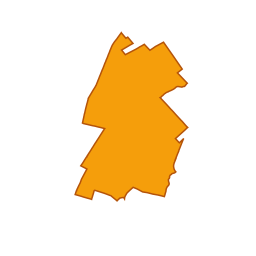 Stoenesti, Olt, Romania, rotated 138°
{"feature_id": "2599482B16432204852873", "entity_name": "Stoenesti", "entity_type": "district", "adm_level": 2, "iso_a3": "ROU", "parent_name": "Romania", "parent_adm1": "Olt", "projection": "albers", "projection_center": [24.481, 44.1], "detail": "fine", "context": "isolated", "style": "filled", "palette": "amber", "viewbox_px": 256, "rotation_deg": 138, "n_neighbors": 0, "source": "geoboundaries", "source_scale": "gbopen_adm2", "svg_char_len": 5284}
<svg xmlns="http://www.w3.org/2000/svg" viewBox="0 0 256 256"><g transform="rotate(138 128 128)"><path d="M84.4,200.0L84.6,199.9L86.2,199.2L87.6,198.5L88.9,197.9L90.4,197.2L90.6,197.0L91.2,196.7L91.9,196.4L92.3,196.2L92.8,196.0L93.6,195.6L94.7,195.0L95.5,194.6L96.3,194.2L97.1,193.8L98.3,193.3L99.1,192.9L100.0,192.4L100.8,192.0L101.6,191.7L102.8,191.1L103.7,190.6L104.9,190.0L105.7,189.6L106.3,189.3L106.8,189.0L107.1,188.9L107.4,188.8L107.6,188.7L107.8,188.6L108.2,188.4L108.4,188.3L108.6,188.3L108.8,188.2L109.0,188.0L109.2,187.9L109.5,187.8L110.5,187.3L112.1,186.5L113.3,185.9L114.5,185.4L115.0,185.1L117.6,183.8L118.5,183.4L120.0,182.6L121.1,182.1L122.5,181.4L123.0,181.1L123.6,181.0L124.4,180.7L124.6,180.6L125.9,180.2L128.1,179.6L129.7,179.1L137.5,176.7L137.8,176.5L138.2,176.3L138.8,175.7L140.0,175.0L141.1,174.2L142.0,173.7L146.8,170.5L150.4,167.9L150.9,167.7L151.8,167.0L152.6,166.4L153.3,165.9L154.1,165.3L156.4,163.7L157.0,163.2L157.6,162.8L158.2,162.4L158.3,162.3L158.5,162.2L158.2,161.2L157.8,160.7L157.1,159.6L156.5,158.8L156.0,158.1L155.3,157.1L154.8,156.3L154.3,155.7L154.1,155.3L152.7,153.3L151.3,151.5L149.8,149.2L148.9,147.9L147.9,146.5L146.8,144.8L145.7,143.2L154.5,140.8L155.1,140.6L155.9,140.4L156.6,140.2L157.3,140.0L157.9,139.9L158.8,139.6L159.7,139.4L160.6,139.1L161.5,138.9L162.7,138.6L163.7,138.3L166.5,137.5L166.7,137.4L167.0,137.3L167.6,137.2L168.3,137.0L169.0,136.8L169.5,136.6L170.1,136.5L170.6,136.3L171.2,136.2L171.7,136.0L172.4,135.8L173.0,135.7L173.7,135.5L174.3,135.3L175.2,135.1L175.7,134.9L175.9,134.9L176.1,134.8L176.3,134.8L176.3,134.7L176.5,134.7L177.0,134.5L177.3,134.4L177.5,134.4L177.7,134.2L177.8,134.1L178.0,134.0L178.3,134.2L179.5,133.9L180.5,133.6L182.0,133.2L183.3,132.8L184.6,132.4L185.8,132.1L187.1,131.8L188.4,131.5L187.8,129.9L186.4,126.2L186.0,125.0L197.0,121.0L197.7,120.6L198.6,120.1L200.5,119.1L200.8,119.0L202.1,118.5L203.9,117.8L204.2,117.6L204.4,117.6L204.6,117.5L205.0,117.3L205.3,117.2L205.5,117.1L205.9,116.9L206.1,116.9L206.5,116.7L207.6,116.1L207.8,116.1L208.0,115.9L208.2,115.7L208.3,115.6L208.5,115.6L208.5,115.8L208.7,115.7L211.8,113.9L208.4,108.5L208.0,107.8L207.5,106.9L206.9,105.9L206.7,105.6L206.0,104.5L205.4,103.5L204.8,102.6L204.3,101.8L203.9,101.2L203.4,100.4L203.0,99.7L202.8,99.3L202.1,99.8L201.1,100.4L200.3,100.8L199.8,101.2L198.9,101.7L197.9,102.3L196.9,102.9L196.2,103.4L195.4,103.9L195.1,104.0L194.6,104.1L194.3,103.8L193.3,102.2L192.5,100.8L191.2,98.6L189.5,95.7L188.0,92.9L186.7,90.3L186.1,89.3L185.9,88.8L185.9,88.3L185.4,84.8L185.1,83.0L184.9,81.2L184.2,81.3L183.6,81.3L182.8,81.3L182.2,81.3L181.1,81.4L180.4,81.0L179.9,80.8L179.3,80.4L178.7,80.0L178.3,79.8L178.0,79.5L177.8,79.3L177.7,79.2L177.8,78.9L177.8,78.5L177.9,78.2L178.0,77.7L177.0,78.6L175.6,79.3L172.9,80.2L172.0,80.4L168.4,80.5L165.4,80.5L163.9,80.5L162.0,76.6L159.9,70.7L156.9,67.0L153.8,62.3L150.6,58.2L148.0,54.4L146.9,52.7L145.2,53.7L144.0,54.5L142.3,55.5L141.7,56.0L141.3,56.4L140.8,56.8L140.2,57.2L139.7,57.5L139.1,57.7L138.6,57.9L138.0,58.1L137.6,58.1L136.9,58.2L136.4,58.2L136.0,58.3L135.7,58.4L135.3,58.6L135.1,58.7L134.8,59.0L134.5,59.3L134.3,59.6L134.1,60.1L133.8,60.7L133.5,61.3L133.1,61.9L132.7,62.4L132.4,62.7L132.1,62.8L131.5,62.9L130.9,63.0L130.6,63.2L130.3,63.3L130.0,63.7L129.7,64.0L129.4,64.3L128.8,64.5L128.5,64.7L128.0,64.7L127.3,64.6L126.9,64.5L126.5,64.6L125.8,64.6L124.9,64.2L124.1,63.8L123.5,63.5L122.9,63.4L122.2,63.4L121.8,63.4L121.8,63.8L121.8,64.5L121.6,65.4L121.4,66.0L121.1,66.9L120.7,67.6L120.2,68.4L119.8,69.0L119.3,69.5L118.8,70.0L118.2,70.4L117.6,70.8L116.8,71.3L115.6,71.8L115.2,72.1L114.9,72.3L114.7,72.3L113.3,73.0L113.5,73.1L111.3,74.2L107.9,75.9L105.7,76.9L104.9,77.5L103.6,78.1L98.2,80.8L94.5,82.6L93.6,82.9L99.7,82.6L99.8,83.1L99.8,84.9L99.8,88.4L97.2,88.4L96.6,88.4L94.2,88.4L91.6,88.4L88.9,88.4L86.7,88.4L84.8,88.5L83.3,88.5L83.4,88.8L83.3,89.3L83.4,90.0L83.4,90.3L83.4,91.9L83.3,96.8L83.4,98.0L83.5,106.2L83.5,111.5L83.6,113.2L83.6,115.4L83.6,119.8L83.8,128.5L83.8,129.1L83.1,128.8L82.8,128.8L82.4,128.9L81.8,129.0L81.5,129.0L80.8,128.9L80.0,128.9L78.7,129.0L78.2,129.0L77.8,129.0L77.5,128.9L77.0,128.8L76.2,128.8L75.9,128.7L75.5,128.6L75.2,128.5L74.8,128.4L74.0,128.1L73.8,128.0L73.7,127.9L73.3,127.9L73.1,127.9L71.2,127.2L69.1,126.6L68.1,126.4L67.0,126.2L65.7,126.2L64.7,126.2L64.0,126.0L63.6,125.8L63.3,125.5L62.6,124.9L62.1,124.2L61.5,123.5L61.0,122.8L60.6,122.4L60.3,122.2L60.1,122.1L59.8,122.1L59.6,122.0L59.4,121.9L59.2,121.8L59.1,121.7L58.8,121.5L58.7,121.5L58.6,121.4L58.4,121.3L58.3,121.2L58.2,121.1L57.8,121.1L57.6,121.1L57.4,121.2L57.1,121.2L56.9,121.2L56.7,121.2L56.4,121.3L56.2,121.4L55.9,121.4L55.7,121.5L55.4,121.5L55.2,121.5L54.9,121.6L54.7,121.6L54.4,121.6L54.0,121.6L54.4,135.9L54.2,135.9L48.3,135.5L47.3,143.2L46.3,150.8L44.2,168.0L46.6,168.6L51.5,169.8L53.0,170.2L56.4,170.6L59.7,171.1L59.9,179.3L60.7,179.4L60.9,179.5L61.3,179.6L61.6,179.6L62.0,179.7L62.6,179.8L63.3,180.0L64.1,180.2L64.8,180.4L65.3,180.5L66.1,180.6L67.1,180.8L67.5,180.9L68.1,181.0L69.5,181.3L71.8,181.9L74.1,182.5L77.5,183.4L80.9,184.3L80.6,190.2L71.1,188.3L67.7,187.5L67.4,195.7L69.5,196.1L69.3,202.6L69.2,203.3L69.5,203.2L70.1,203.1L71.2,202.9L72.6,202.6L73.9,202.3L75.0,202.1L76.5,201.7L77.9,201.5L80.3,201.1L82.3,200.6L84.4,200.0Z" fill="#f59e0b" stroke="#b45309" stroke-width="1.5"/></g></svg>